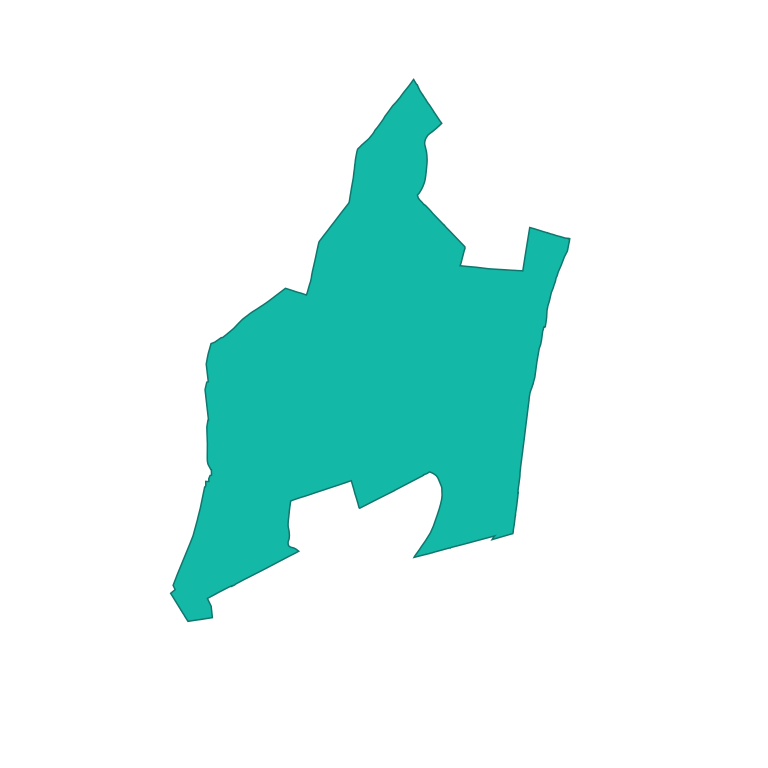 outline of Montfoort, Utrecht, Netherlands, rotated 292°
{"feature_id": "6326949B42908335421355", "entity_name": "Montfoort", "entity_type": "district", "adm_level": 2, "iso_a3": "NLD", "parent_name": "Netherlands", "parent_adm1": "Utrecht", "projection": "natural_earth1", "projection_center": [4.943, 52.045], "detail": "fine", "context": "isolated", "style": "filled", "palette": "teal", "viewbox_px": 768, "rotation_deg": 292, "n_neighbors": 0, "source": "geoboundaries", "source_scale": "gbopen_adm2", "svg_char_len": 6040}
<svg xmlns="http://www.w3.org/2000/svg" viewBox="0 0 768 768"><g transform="rotate(292 384 384)"><path d="M588.2,500.7L587.3,497.9L587.2,497.5L586.7,492.2L586.3,489.5L586.3,489.3L586.1,487.6L586.1,487.3L586.1,486.9L586.0,486.5L586.1,486.2L586.0,485.8L585.9,484.0L585.8,483.6L585.5,481.1L585.6,480.8L585.4,479.7L585.5,479.4L585.4,479.4L585.1,476.0L584.9,474.0L584.6,469.8L584.6,469.6L584.4,467.8L584.4,467.5L584.2,465.1L583.7,460.5L559.9,465.9L540.9,470.3L540.2,468.2L538.8,464.2L538.5,463.1L537.6,460.7L534.3,450.6L533.1,447.1L530.2,438.4L528.4,431.8L528.4,431.7L526.6,425.1L523.5,414.9L522.2,410.3L523.2,410.2L525.2,410.1L528.1,409.7L537.1,408.5L540.1,408.3L541.1,407.8L541.4,407.7L542.0,406.6L545.9,397.8L551.3,385.8L552.6,382.7L553.2,381.7L553.9,380.0L554.1,380.0L554.2,379.6L554.3,379.1L558.4,369.9L560.5,365.2L562.0,362.4L562.8,360.7L565.1,355.5L565.2,355.0L565.3,354.5L565.3,354.3L565.4,354.1L565.2,354.0L565.4,353.6L565.7,353.0L566.0,352.5L566.7,351.3L568.2,347.7L568.5,347.6L568.7,347.1L569.2,346.2L571.7,344.2L574.0,345.1L575.6,345.4L577.3,345.7L578.9,345.9L581.8,346.1L585.8,346.0L586.8,345.9L589.3,345.5L592.6,344.7L596.6,343.6L604.7,341.2L606.7,340.5L608.0,340.0L612.1,338.1L614.5,336.8L615.5,336.2L618.3,334.2L619.4,333.5L620.8,332.4L622.0,331.7L622.8,331.4L623.7,331.1L624.3,331.0L626.3,330.8L627.5,330.8L629.8,331.2L630.8,331.4L631.6,331.7L632.8,332.3L636.4,334.5L641.3,337.1L647.3,339.9L649.1,337.0L653.9,330.0L654.4,329.2L654.8,328.3L655.1,328.3L660.1,321.1L660.2,320.7L660.7,319.9L662.2,317.7L663.5,316.1L663.4,316.0L666.3,312.0L666.2,312.0L669.5,307.3L671.1,305.6L671.1,305.4L671.3,305.4L673.0,303.6L673.9,302.8L673.9,302.1L676.2,299.0L677.5,297.4L676.3,297.0L674.7,296.7L672.4,296.1L671.1,295.8L666.9,294.6L662.1,293.1L657.5,291.9L655.6,291.5L653.9,290.9L650.3,289.8L645.2,287.8L637.5,285.9L632.7,284.6L629.0,284.1L624.0,282.9L619.3,281.7L616.0,280.6L613.3,280.3L611.3,279.8L607.1,278.5L606.1,278.2L604.1,277.3L600.0,275.2L598.5,274.5L597.9,274.1L594.0,272.5L592.8,271.9L592.3,271.7L591.6,271.6L590.7,271.7L588.9,271.9L583.0,273.1L581.2,273.5L577.4,274.6L576.3,274.8L572.3,276.0L569.4,276.7L563.3,278.4L553.2,280.5L549.3,281.4L546.5,282.0L540.1,283.5L538.8,283.6L538.2,283.5L533.7,282.2L526.4,280.1L515.0,277.0L510.2,275.6L505.2,274.3L499.0,272.5L497.1,272.0L492.8,270.8L491.3,270.5L486.8,271.2L474.4,273.4L461.4,275.5L456.8,276.4L455.6,276.8L454.6,277.0L450.7,277.6L449.5,277.6L445.5,278.0L440.2,278.6L437.5,278.7L437.4,277.8L437.2,273.7L436.6,268.4L436.4,264.6L435.8,256.8L420.5,247.7L417.6,246.0L411.8,242.2L410.7,241.4L404.5,237.1L402.1,235.3L399.5,233.6L392.4,229.4L391.0,228.6L386.3,226.6L379.2,223.8L374.4,221.3L369.3,218.5L367.0,217.2L366.5,216.8L366.0,215.7L359.5,211.5L357.9,209.9L356.7,208.5L346.0,209.7L341.2,210.6L335.9,211.7L320.3,220.2L319.3,219.0L311.7,220.2L284.8,234.8L284.7,234.7L284.8,234.6L284.6,234.3L277.9,235.8L273.7,237.6L262.7,242.5L248.8,248.0L246.2,249.2L243.9,250.7L242.7,252.0L239.6,255.8L239.8,256.1L234.9,258.2L234.0,257.0L230.5,257.0L228.0,258.1L227.4,256.7L226.9,255.2L223.1,256.8L221.5,256.8L221.3,256.3L200.0,260.2L190.4,261.5L187.9,261.9L180.3,262.8L171.8,263.8L164.3,263.9L130.3,263.7L118.3,263.9L115.1,267.4L110.0,264.6L100.5,277.5L99.3,279.2L98.2,280.5L98.0,281.0L97.4,281.7L96.2,283.3L95.1,285.0L94.0,286.3L90.5,291.2L94.1,297.2L96.9,302.1L99.2,305.9L103.1,312.4L113.2,307.0L119.0,300.6L129.5,309.3L130.3,310.0L133.7,312.9L136.0,314.9L138.4,317.0L139.9,318.5L139.4,318.6L141.8,320.9L142.6,321.2L143.3,321.7L149.3,326.7L164.8,340.2L186.7,358.8L190.2,361.8L193.6,364.8L197.0,367.6L197.9,364.5L198.1,362.8L198.2,362.2L198.1,361.4L197.8,358.9L197.8,358.1L197.9,357.3L198.1,356.7L198.3,356.3L198.8,355.7L199.4,355.3L200.7,354.6L201.6,354.3L202.2,354.2L205.1,354.0L205.7,353.8L206.7,353.5L208.5,352.9L209.5,352.4L211.4,351.4L212.5,350.8L215.2,349.0L216.6,348.2L218.1,347.6L220.4,346.8L233.7,343.0L238.6,341.8L240.5,341.3L242.2,343.0L247.3,348.9L249.9,352.2L252.1,354.8L258.2,361.9L263.8,368.5L267.5,372.8L272.7,379.0L281.0,388.6L282.1,389.9L274.7,395.7L271.1,398.4L269.0,400.2L263.6,404.5L260.2,407.0L259.8,407.5L259.7,408.0L274.6,420.9L281.9,427.3L287.2,432.0L288.1,432.7L288.5,433.2L288.8,433.4L289.7,434.0L304.5,446.6L311.4,452.5L312.1,453.1L313.5,454.3L314.3,454.9L314.7,454.6L316.6,456.9L317.4,457.6L319.6,459.2L319.6,461.0L319.5,462.5L319.2,464.5L318.9,465.7L318.6,466.8L317.9,468.0L317.4,468.8L315.5,470.8L311.3,474.9L310.4,475.7L309.2,476.6L305.1,478.4L303.2,479.3L302.4,479.6L300.0,480.3L298.5,480.7L293.6,481.5L288.8,482.0L283.2,482.4L277.2,482.7L271.3,483.0L270.0,483.0L263.7,482.8L262.3,482.6L254.9,481.3L253.0,480.9L246.9,479.5L243.8,478.9L237.3,477.3L235.5,476.9L234.5,476.8L240.0,484.3L243.8,489.6L244.6,490.5L245.5,491.9L247.5,494.2L248.1,495.1L256.6,506.2L256.6,506.8L257.1,507.0L258.0,508.0L262.9,514.7L284.5,543.4L284.0,543.2L282.7,543.0L281.4,542.7L280.2,542.5L292.2,557.7L293.5,559.5L295.4,559.2L296.8,558.7L299.2,558.1L302.6,557.4L307.2,556.1L307.8,556.0L309.4,555.5L311.6,555.1L313.1,554.5L320.2,552.8L327.9,550.7L328.4,550.6L331.0,549.8L333.6,549.2L333.3,548.8L337.5,547.6L341.6,546.6L349.6,544.5L352.9,543.3L355.0,542.7L355.5,542.6L358.8,541.6L363.4,540.4L366.2,539.7L367.2,539.4L370.2,538.6L371.6,538.3L375.6,537.2L387.8,534.0L390.3,533.3L393.4,532.5L397.4,531.4L400.4,530.6L403.1,529.9L419.2,525.6L423.1,524.6L426.0,523.7L430.3,522.7L434.8,522.4L435.2,522.5L439.1,522.2L439.5,522.3L440.9,522.1L441.7,521.9L446.3,521.4L448.0,521.0L458.6,518.3L462.6,517.3L473.3,515.0L474.6,514.7L475.6,514.6L478.7,514.5L479.6,514.4L483.7,513.6L492.7,511.3L494.0,511.3L495.2,511.1L495.6,510.9L496.6,510.8L496.8,511.6L497.3,511.5L497.6,512.1L499.9,511.5L501.1,511.3L504.2,510.5L506.2,510.0L513.2,507.6L517.8,506.7L518.8,506.6L522.6,506.3L531.4,504.9L531.9,504.9L536.6,504.9L539.5,504.6L543.1,504.5L544.3,504.3L547.0,503.8L547.5,503.8L548.3,504.0L551.1,503.8L551.7,503.7L553.1,503.6L560.2,503.8L567.0,503.7L569.4,503.6L573.3,504.0L575.3,504.2L576.3,504.2L584.0,502.7L585.4,502.5L588.2,501.8L587.7,500.8L588.2,500.7Z" fill="#14b8a6" stroke="#0f766e" stroke-width="1.5"/></g></svg>